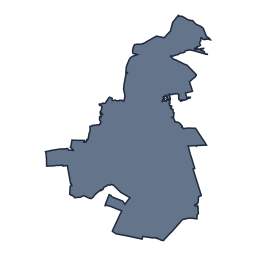 the district of Izvoarele, Tulcea, Romania
{"feature_id": "2599482B66243193885359", "entity_name": "Izvoarele", "entity_type": "district", "adm_level": 2, "iso_a3": "ROU", "parent_name": "Romania", "parent_adm1": "Tulcea", "projection": "natural_earth1", "projection_center": [28.529, 45.071], "detail": "fine", "context": "isolated", "style": "filled", "palette": "slate", "viewbox_px": 256, "rotation_deg": 0, "n_neighbors": 0, "source": "geoboundaries", "source_scale": "gbopen_adm2", "svg_char_len": 5751}
<svg xmlns="http://www.w3.org/2000/svg" viewBox="0 0 256 256"><path d="M71.9,140.1L71.8,141.8L71.4,142.7L71.3,144.9L70.3,147.3L72.9,149.5L73.4,150.2L73.3,150.5L70.0,150.0L68.5,150.2L68.0,149.1L67.6,148.5L67.2,148.5L65.2,148.8L59.4,149.1L51.3,150.4L47.5,151.3L45.5,151.6L46.0,153.4L46.5,158.8L46.6,166.1L53.3,165.9L56.3,165.5L61.4,165.3L62.7,165.1L62.8,166.0L63.1,166.1L67.3,165.5L70.6,183.8L71.1,183.7L71.6,185.5L71.8,185.7L70.2,186.2L69.7,194.3L70.7,194.6L70.8,195.1L71.6,195.4L72.0,195.2L74.5,197.2L74.4,197.6L75.2,197.7L78.6,197.3L80.2,197.3L83.7,195.6L87.7,197.5L90.1,198.4L91.1,198.6L91.4,198.5L93.1,197.2L95.2,194.4L100.0,190.4L101.2,189.6L101.2,190.5L103.1,189.3L103.6,187.9L104.2,187.1L106.8,185.9L107.9,184.9L110.2,185.1L110.6,185.0L110.9,184.6L111.4,184.4L112.1,184.6L112.4,185.0L113.3,185.0L120.6,192.2L129.9,197.7L124.8,204.3L123.1,201.5L122.6,201.1L112.1,196.9L110.8,195.3L109.1,194.6L105.1,205.2L105.1,205.7L105.6,205.7L106.4,205.3L110.9,206.5L118.6,209.7L121.7,210.8L112.3,231.0L112.7,231.3L113.1,231.9L114.1,232.4L115.4,233.5L116.7,233.9L128.2,236.1L142.1,239.1L142.8,236.5L142.9,236.4L152.4,237.9L156.8,237.8L156.8,238.4L157.0,238.6L158.8,238.9L161.0,240.1L163.5,240.6L164.7,239.1L170.5,232.8L171.1,232.4L173.3,230.0L177.5,225.3L177.4,225.2L179.5,223.1L181.8,220.2L182.8,219.5L188.7,218.2L191.8,218.2L196.9,218.9L197.2,214.8L198.4,213.4L197.8,207.5L198.1,207.6L197.7,205.8L196.5,206.0L195.0,206.0L194.8,204.5L197.3,204.0L197.1,203.3L198.0,202.7L198.2,202.3L198.2,200.5L198.4,199.3L198.6,196.6L201.1,195.8L201.3,195.5L193.6,170.9L193.1,168.8L194.7,168.5L191.9,159.0L190.2,153.8L188.1,145.9L189.8,146.0L195.4,145.6L196.5,146.3L197.0,145.6L197.5,145.5L206.5,145.1L204.2,141.5L203.7,140.5L203.0,139.7L201.6,137.6L201.4,137.1L199.5,134.4L195.6,128.4L195.3,128.2L191.3,128.2L189.3,128.0L182.9,128.5L182.7,127.6L182.6,127.4L181.8,127.2L182.2,126.2L180.5,124.1L179.3,123.0L177.5,122.0L176.6,122.2L176.0,121.9L175.3,122.0L174.9,121.6L175.0,121.3L173.6,118.3L172.3,117.4L173.5,117.2L173.7,116.7L173.7,114.7L174.1,112.9L173.3,112.5L173.0,109.6L171.6,109.2L171.8,108.8L171.5,108.3L170.6,108.0L170.5,107.9L171.7,106.7L171.4,105.8L170.0,105.9L169.6,105.6L169.6,104.5L169.0,103.8L170.0,103.1L169.9,101.8L169.5,101.5L169.8,100.8L169.3,100.3L167.6,100.0L167.4,99.3L167.0,99.2L166.6,99.5L166.2,101.1L164.6,100.6L164.4,100.9L163.4,100.6L162.8,101.4L162.2,101.6L162.0,101.3L162.1,101.0L163.0,100.1L163.0,99.4L163.9,99.0L164.4,99.1L164.9,98.7L165.0,98.4L163.9,97.8L163.4,98.1L163.2,97.4L163.5,97.2L163.5,96.8L163.9,97.0L164.5,96.2L165.0,95.8L165.2,96.3L166.3,96.1L166.6,95.5L167.1,96.3L167.1,96.8L166.7,97.4L166.9,97.8L167.6,98.4L167.5,98.6L167.6,98.9L169.2,99.3L169.5,99.9L170.2,99.7L170.4,99.1L170.1,98.1L169.8,96.2L169.6,95.8L169.2,95.5L169.0,94.8L168.5,94.5L169.0,94.2L169.9,94.6L170.8,94.6L171.0,94.4L171.8,94.3L172.4,94.5L173.1,94.0L173.8,94.1L175.7,93.6L176.0,93.9L177.0,93.6L177.3,93.6L178.2,94.3L178.7,94.4L178.9,94.6L178.5,95.1L178.8,95.7L178.6,96.4L178.8,98.5L178.7,99.0L179.5,100.0L179.9,100.3L181.4,100.1L181.0,100.6L180.4,100.9L180.5,101.1L182.2,100.8L183.8,100.0L184.4,100.2L185.7,99.4L186.7,99.6L187.2,98.7L188.5,98.3L189.2,98.3L189.8,97.8L190.1,97.9L190.3,97.2L188.7,97.2L187.7,97.5L187.4,97.7L186.9,97.6L185.4,93.1L192.5,91.2L189.5,81.8L193.0,78.6L195.3,76.9L195.5,76.7L195.8,75.5L196.3,75.1L196.3,74.7L194.5,72.8L187.1,65.2L184.0,64.0L175.4,59.7L173.6,59.3L172.2,57.8L171.6,57.0L170.9,56.8L170.4,56.4L170.4,56.1L173.8,55.9L176.1,54.9L177.9,54.7L179.8,53.4L180.9,53.0L183.2,52.7L184.5,52.3L184.5,52.0L185.5,50.7L189.4,50.0L190.3,50.0L194.0,50.8L205.5,54.1L206.8,54.3L207.1,54.5L207.3,54.4L207.0,53.9L206.2,54.0L205.5,53.8L204.6,53.1L204.3,51.7L203.6,51.2L202.7,50.7L201.0,50.4L201.1,49.1L203.4,48.8L203.6,48.4L201.7,48.4L198.7,49.2L194.7,49.6L194.5,48.5L194.8,48.2L196.7,48.0L197.3,47.8L196.8,46.9L198.5,46.3L200.5,45.4L199.9,43.9L199.6,42.6L200.9,40.3L200.8,37.9L201.0,37.8L201.5,38.1L202.3,38.2L202.7,39.1L203.8,39.5L204.6,39.4L205.2,39.6L206.5,39.3L206.3,38.9L206.9,38.8L209.2,39.4L210.1,39.8L210.5,39.8L208.9,38.0L206.7,36.6L206.3,36.1L203.5,28.9L202.9,28.0L202.0,27.2L201.0,26.5L196.9,24.6L195.6,23.9L195.0,23.3L192.6,20.5L191.3,20.7L190.7,20.2L190.0,20.4L189.4,20.3L188.8,19.9L187.3,19.4L185.9,18.4L182.1,16.3L180.2,16.3L179.1,15.8L178.7,16.2L178.4,16.0L178.5,15.6L178.3,15.4L172.7,22.4L170.5,30.8L164.3,37.7L156.4,36.1L142.9,43.8L142.5,43.6L141.6,44.1L139.9,44.3L138.6,44.1L136.5,44.3L135.5,44.6L134.8,44.5L134.3,45.1L133.3,47.2L132.6,50.7L132.6,52.3L132.8,53.0L133.1,53.5L135.6,53.9L137.4,54.6L132.6,56.3L130.4,57.8L129.1,59.8L126.6,66.0L126.3,67.1L125.8,72.9L126.5,73.0L127.5,72.5L127.5,73.0L126.2,73.8L125.9,74.3L124.1,84.1L123.6,89.3L125.1,96.2L124.9,96.2L124.6,98.2L123.8,101.1L122.3,100.6L122.1,100.3L119.4,100.3L119.0,100.9L118.7,100.9L116.2,100.6L115.5,100.1L112.4,100.5L112.3,100.4L112.0,99.7L112.2,98.3L111.0,97.8L110.0,97.2L109.3,97.3L108.1,98.8L105.2,103.2L103.8,103.4L103.0,103.1L101.3,104.0L99.4,104.0L99.2,104.6L99.3,104.9L100.0,105.4L101.0,105.8L102.0,106.6L101.6,108.1L101.5,109.4L101.0,110.6L100.1,111.9L100.2,112.8L100.6,113.3L101.2,113.2L101.3,112.9L102.6,114.2L102.6,114.4L101.7,114.2L101.4,114.6L101.1,114.5L100.6,114.5L100.9,115.0L100.9,115.9L101.3,116.4L101.3,116.8L99.8,116.6L99.5,117.2L100.0,117.9L99.6,118.5L99.5,119.1L99.8,120.1L99.7,120.3L99.8,120.6L100.8,121.2L100.9,121.6L100.9,122.0L100.6,122.4L100.7,123.1L100.1,123.5L99.8,124.5L99.2,124.8L98.8,124.7L92.1,125.5L92.0,126.0L89.9,126.4L90.1,129.3L90.0,131.0L89.4,132.5L89.0,134.1L88.7,136.2L88.4,137.1L88.2,138.9L87.8,139.1L87.7,139.6L86.8,139.5L86.6,140.1L87.0,140.2L86.8,140.7L86.1,141.8L85.8,141.3L85.6,141.5L85.3,141.5L84.7,142.4L83.9,142.3L84.2,140.4L80.5,140.3L79.7,140.4L71.9,140.1Z" fill="#64748b" stroke="#1e293b" stroke-width="1.5"/></svg>